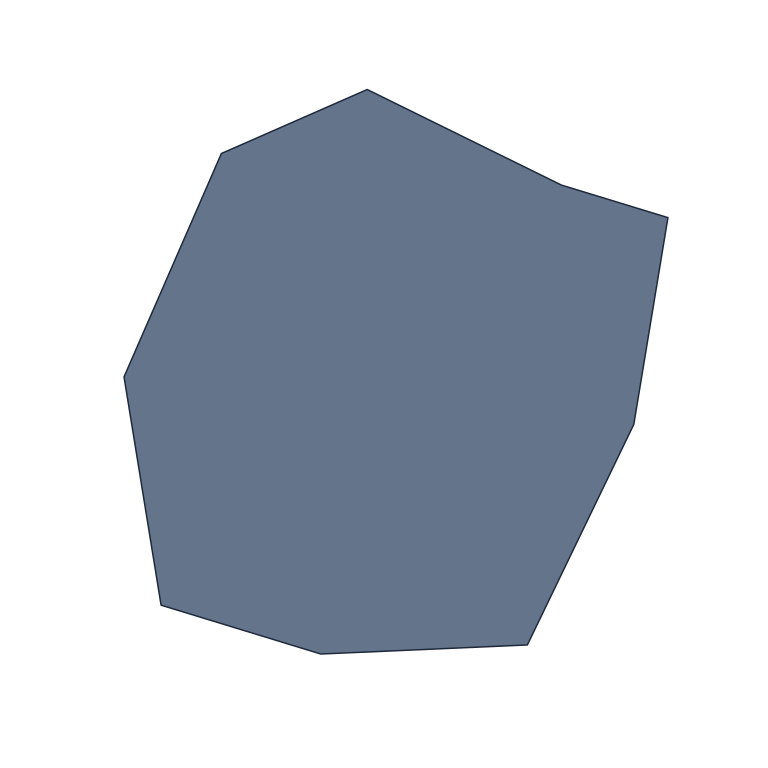 the border of Valmiera, rotated 197°
{"feature_id": "LVA-1093", "entity_name": "Valmiera", "entity_type": "Republican City", "adm_level": 1, "iso_a3": "LVA", "parent_name": "Latvia", "parent_adm1": "", "projection": "orthographic", "projection_center": [25.417, 57.531], "detail": "fine", "context": "isolated", "style": "filled", "palette": "slate", "viewbox_px": 768, "rotation_deg": 197, "n_neighbors": 0, "source": "natural_earth", "source_scale": "10m", "svg_char_len": 291}
<svg xmlns="http://www.w3.org/2000/svg" viewBox="0 0 768 768"><g transform="rotate(197 384 384)"><path d="M634.7,314.8L606.9,556.9L486.2,660.7L272.5,626.1L161.1,626.1L133.3,418.5L170.6,176.4L365.5,107.3L532.5,107.3L634.7,314.8Z" fill="#64748b" stroke="#1e293b" stroke-width="1.5"/></g></svg>